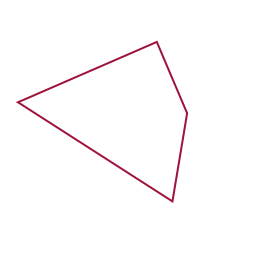 Yaren, Natural Earth projection, rotated 144°
{"feature_id": "NRU-4983", "entity_name": "Yaren", "entity_type": "state/province", "adm_level": 1, "iso_a3": "NRU", "parent_name": "Nauru", "parent_adm1": "", "projection": "natural_earth1", "projection_center": [166.924, -0.543], "detail": "fine", "context": "isolated", "style": "outline", "palette": "rose", "viewbox_px": 256, "rotation_deg": 144, "n_neighbors": 0, "source": "natural_earth", "source_scale": "10m", "svg_char_len": 233}
<svg xmlns="http://www.w3.org/2000/svg" viewBox="0 0 256 256"><g transform="rotate(144 128 128)"><path d="M201.9,213.5L54.1,180.7L71.5,105.2L88.0,88.9L135.2,42.5L201.9,213.5Z" fill="none" stroke="#9f1239" stroke-width="2"/></g></svg>